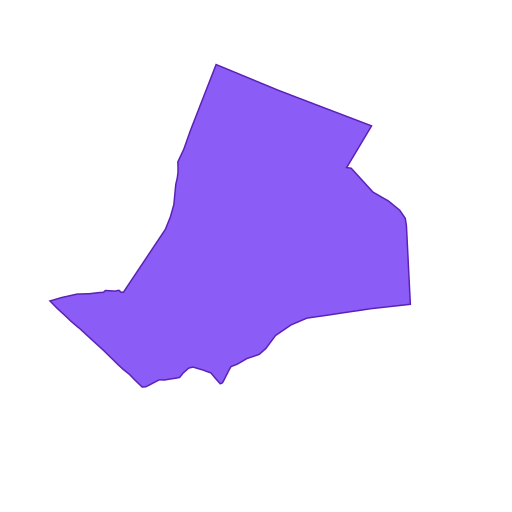 Galabat Ash-Shargiah, Gedarif, Sudan, rotated 119°
{"feature_id": "16777658B9065455828294", "entity_name": "Galabat Ash-Shargiah", "entity_type": "district", "adm_level": 2, "iso_a3": "SDN", "parent_name": "Sudan", "parent_adm1": "Gedarif", "projection": "robinson", "projection_center": [35.988, 13.403], "detail": "fine", "context": "isolated", "style": "filled", "palette": "violet", "viewbox_px": 512, "rotation_deg": 119, "n_neighbors": 0, "source": "geoboundaries", "source_scale": "gbopen_adm2", "svg_char_len": 1272}
<svg xmlns="http://www.w3.org/2000/svg" viewBox="0 0 512 512"><g transform="rotate(119 256 256)"><path d="M107.9,383.7L178.0,374.2L197.7,370.9L211.5,370.0L215.9,367.4L220.8,364.7L226.2,362.6L232.2,360.9L250.8,352.8L263.5,349.8L276.7,348.2L286.5,349.0L352.0,354.4L353.3,357.0L352.4,358.6L352.9,359.9L354.9,362.0L357.7,367.9L359.2,371.0L361.7,371.8L364.1,375.6L369.6,383.2L376.1,394.1L386.5,405.8L393.2,412.4L395.2,414.4L398.3,404.1L400.4,395.2L402.8,386.0L404.7,376.7L404.8,375.4L406.1,370.3L408.7,359.5L412.5,343.5L417.9,323.9L419.6,317.1L420.9,309.2L423.1,302.2L425.8,292.0L423.7,288.9L418.2,285.2L411.2,280.6L408.8,275.9L405.8,272.2L401.6,266.7L399.2,263.9L393.7,263.0L386.7,260.5L383.7,257.3L381.9,249.1L381.4,246.9L380.8,242.6L380.1,238.8L382.7,232.1L385.1,225.4L383.3,223.9L381.8,223.8L371.0,224.2L369.1,224.3L366.6,224.3L364.7,224.2L363.5,223.1L359.9,220.1L351.4,215.0L349.8,214.0L346.8,211.2L340.5,205.5L332.1,202.5L325.8,201.7L322.9,201.3L320.2,200.9L316.1,200.4L299.2,191.9L285.7,181.4L282.1,176.7L278.9,172.5L274.5,166.6L264.0,153.0L246.4,130.0L223.4,97.6L156.6,139.1L150.7,143.7L146.3,152.5L143.7,166.8L143.6,174.9L143.4,184.7L133.1,215.3L134.7,219.6L86.2,218.0L97.6,297.9L100.4,317.9L107.9,383.7Z" fill="#8b5cf6" stroke="#5b21b6" stroke-width="1.5"/></g></svg>